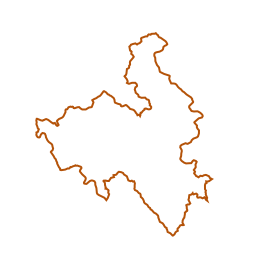 Bao Yen, Lào Cai, Vietnam, rotated 10°
{"feature_id": "81297802B25948208667731", "entity_name": "Bao Yen", "entity_type": "district", "adm_level": 2, "iso_a3": "VNM", "parent_name": "Vietnam", "parent_adm1": "Lào Cai", "projection": "mercator", "projection_center": [104.421, 22.295], "detail": "fine", "context": "isolated", "style": "outline", "palette": "amber", "viewbox_px": 256, "rotation_deg": 10, "n_neighbors": 0, "source": "geoboundaries", "source_scale": "gbopen_adm2", "svg_char_len": 5912}
<svg xmlns="http://www.w3.org/2000/svg" viewBox="0 0 256 256"><g transform="rotate(10 128 128)"><path d="M88.0,106.8L89.5,108.6L89.5,109.0L88.7,113.5L88.2,113.9L86.0,114.6L83.2,117.1L79.7,117.7L77.9,117.0L76.2,115.9L74.5,116.4L72.0,117.8L71.0,117.8L70.3,116.8L69.7,116.6L68.4,117.1L67.7,116.9L65.8,117.9L64.9,120.1L63.6,120.5L63.3,121.3L63.7,123.2L62.5,127.4L62.0,128.4L61.2,129.3L58.4,131.2L56.9,133.1L56.9,133.6L57.6,135.0L59.1,137.0L59.0,137.4L57.9,138.2L56.9,137.7L55.1,135.7L54.5,136.2L54.1,136.1L53.6,136.6L51.7,135.8L48.1,133.9L46.0,133.4L45.2,133.7L43.8,134.8L43.3,134.9L42.7,135.6L41.1,135.6L37.0,134.7L36.5,134.8L36.4,136.5L37.1,138.3L37.1,140.1L38.5,142.4L39.3,144.1L40.4,144.7L40.0,146.5L40.1,147.2L38.6,148.3L38.9,149.1L38.9,150.6L39.3,151.4L40.6,152.7L42.1,152.8L42.8,152.3L43.4,149.5L44.6,147.8L46.4,147.8L47.3,148.2L48.4,150.0L48.8,151.3L50.8,154.1L52.4,155.5L55.5,157.0L56.4,158.0L56.9,159.4L57.8,161.2L57.6,162.9L56.2,164.7L56.2,165.1L59.6,168.5L61.1,170.5L62.3,171.3L63.4,173.4L64.2,174.2L64.4,175.3L67.0,178.8L68.2,179.7L68.4,180.8L68.7,181.1L69.6,181.1L72.1,180.3L73.5,179.8L75.6,178.3L76.9,178.2L77.7,177.3L78.1,176.4L79.0,176.4L80.4,175.3L82.2,174.4L82.6,173.9L83.4,174.2L84.5,173.8L88.3,174.4L88.9,174.9L89.1,175.6L88.1,178.0L88.2,179.2L90.8,181.5L94.4,183.8L95.1,184.7L95.2,185.7L95.0,186.9L94.1,189.3L94.4,190.2L95.5,190.4L96.9,190.2L99.6,186.9L101.1,186.0L102.3,185.9L104.2,186.3L105.2,187.5L105.7,189.7L107.3,192.6L108.6,197.3L109.2,198.2L110.7,199.0L116.9,200.8L119.2,202.8L120.2,200.5L120.8,197.4L120.9,196.4L120.2,195.8L119.7,194.7L119.7,192.9L119.4,192.5L117.8,191.8L117.2,191.2L116.4,191.6L116.0,189.6L115.3,188.3L114.9,186.5L114.3,185.4L113.2,184.8L113.1,184.2L113.5,183.9L114.6,183.9L115.2,183.6L116.5,183.8L118.4,183.5L119.9,180.1L122.7,178.8L122.2,178.0L121.9,176.9L123.7,176.4L124.6,175.9L125.7,173.7L126.7,172.7L129.1,172.7L131.0,173.2L132.0,174.4L135.3,175.8L137.4,179.5L139.6,180.0L140.9,179.2L142.1,179.9L143.2,179.4L144.4,181.3L144.5,183.2L144.9,185.5L144.8,186.6L145.6,187.9L147.9,188.5L149.9,190.2L151.4,190.6L151.9,191.3L152.6,193.7L153.9,194.4L155.2,195.5L156.4,197.4L156.7,198.3L157.6,199.2L160.4,200.4L162.1,202.4L163.6,202.9L164.3,204.2L165.7,204.7L168.3,206.8L170.5,207.5L172.7,209.0L173.1,209.7L173.4,210.9L175.7,214.9L178.6,215.8L180.0,217.1L181.4,218.9L183.4,219.8L183.4,220.5L184.1,221.2L185.1,223.5L188.0,224.3L190.6,226.2L191.0,226.1L192.2,224.7L192.9,222.5L193.7,221.5L194.9,220.6L194.4,219.4L194.3,218.5L195.6,216.7L196.2,215.0L197.3,214.3L199.2,214.1L199.7,213.8L198.1,211.8L197.9,209.6L198.5,207.3L199.0,206.6L199.0,202.9L198.7,201.4L199.3,201.0L199.7,200.0L200.6,199.4L200.7,199.1L200.5,198.2L199.9,197.2L199.5,195.3L198.8,193.9L199.9,193.0L201.4,192.7L202.4,191.5L200.0,188.2L200.2,186.6L200.0,183.5L202.2,182.4L203.0,180.9L203.4,181.6L204.1,182.0L205.9,181.0L206.8,180.8L207.9,181.5L208.0,182.0L207.9,183.4L208.6,184.4L209.4,184.4L210.4,183.9L211.7,183.7L213.6,184.3L214.3,183.9L215.3,182.9L215.7,183.1L217.2,185.1L218.6,185.8L217.8,184.5L218.1,183.1L216.1,179.9L216.0,178.6L215.4,177.7L215.6,176.1L214.6,175.1L214.4,174.6L213.7,170.8L214.0,169.1L214.9,168.5L214.3,167.0L215.7,166.9L217.0,166.3L219.6,163.7L217.3,163.0L216.2,161.5L213.2,160.7L212.7,160.7L210.9,161.4L209.6,162.5L207.6,162.5L206.0,164.3L204.3,163.6L203.5,163.5L202.6,162.5L201.0,161.2L201.0,160.8L201.5,160.0L201.6,159.4L200.1,157.9L201.5,155.0L201.4,154.3L200.8,152.4L201.5,149.4L200.6,148.7L198.4,148.3L197.5,149.2L196.4,151.6L191.3,152.8L189.3,152.4L186.6,151.1L185.1,149.8L184.8,148.9L185.2,146.4L184.9,143.8L185.0,141.6L184.7,140.4L182.8,138.0L182.8,136.4L183.9,135.2L187.3,133.0L189.2,133.3L189.7,133.1L192.4,130.9L192.9,128.9L194.3,127.1L197.5,125.2L198.4,124.1L198.8,121.0L198.3,118.0L196.4,116.4L195.6,115.1L195.5,113.6L192.9,111.6L192.4,111.1L192.4,110.7L196.0,106.2L199.0,104.8L199.5,103.5L199.3,102.7L198.7,101.9L196.6,100.5L194.4,99.7L193.5,99.5L190.0,100.3L187.6,100.2L186.8,99.5L186.4,98.8L185.4,98.1L184.5,96.7L184.6,95.6L187.6,91.4L187.6,90.9L186.1,88.7L186.1,88.2L184.7,86.9L179.8,84.8L176.9,82.9L175.4,82.4L173.3,80.6L171.9,80.1L170.0,78.8L168.5,77.2L167.1,76.3L165.6,76.2L162.8,76.6L160.7,73.6L160.0,72.2L160.1,69.6L159.5,69.2L154.2,68.5L149.8,67.2L149.4,66.6L148.0,63.0L145.6,60.9L143.4,57.5L142.6,54.1L141.4,52.4L141.1,50.6L141.5,49.5L142.0,49.0L143.3,48.3L145.9,47.3L148.2,45.5L148.8,44.3L148.8,42.1L149.8,40.8L151.3,39.8L152.1,38.8L152.0,38.4L151.0,37.0L149.9,36.0L144.3,33.4L143.0,33.3L142.1,32.6L141.4,31.4L140.4,31.0L138.9,29.8L138.0,30.5L135.1,31.1L134.4,31.5L134.1,32.2L132.2,32.2L131.6,32.9L131.1,34.4L129.3,34.8L125.7,36.9L125.3,37.5L126.2,40.5L125.1,41.7L124.8,42.4L123.4,43.1L122.4,44.2L120.6,43.4L118.1,44.5L116.4,45.5L116.2,46.3L115.2,47.6L116.6,51.3L117.0,51.6L117.7,51.7L118.3,52.2L118.3,54.4L119.9,55.3L121.3,56.9L121.1,57.5L118.5,62.0L118.5,63.3L119.0,64.9L118.9,65.6L118.3,66.4L118.6,68.3L118.2,69.0L116.7,70.1L117.0,74.8L116.6,76.4L115.8,77.2L115.6,77.7L118.3,80.1L119.5,81.9L119.6,82.6L119.1,83.8L119.3,83.9L121.3,84.3L124.1,82.8L126.8,82.3L127.2,82.2L128.8,83.2L129.5,84.5L129.5,85.4L128.2,86.7L128.0,89.0L129.1,90.9L129.4,91.9L132.2,93.5L132.6,94.0L132.9,95.2L133.3,95.4L136.1,95.9L139.6,95.1L141.4,96.5L143.2,96.7L143.6,96.9L144.2,97.9L144.6,99.6L145.5,100.5L145.4,101.7L147.0,102.9L147.2,103.2L147.3,104.3L146.9,105.2L146.1,105.8L144.9,106.1L142.2,105.7L141.0,106.2L141.1,107.0L139.7,108.6L138.6,110.7L137.9,110.7L137.7,111.0L137.7,112.3L138.0,112.9L137.8,114.1L137.3,113.5L136.3,113.1L135.1,113.8L134.2,112.5L132.9,111.5L132.5,110.8L130.9,109.5L129.8,109.1L126.6,108.8L125.6,107.8L122.5,105.8L121.7,105.8L119.1,107.5L118.0,107.8L117.2,107.5L116.9,106.6L116.2,106.1L113.8,105.9L110.9,105.3L110.4,104.6L109.7,102.4L108.7,101.0L105.6,99.3L104.2,99.1L103.3,98.4L102.1,98.3L101.3,97.5L100.0,96.6L98.0,95.9L97.5,96.2L95.7,99.9L94.6,101.5L93.4,102.2L91.6,104.1L89.6,105.4L88.0,106.8Z" fill="none" stroke="#b45309" stroke-width="2"/></g></svg>